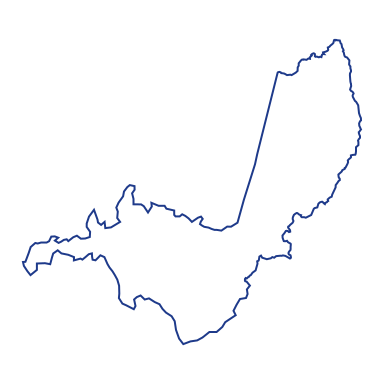 the district of Zacharia, Paphos, Cyprus
{"feature_id": "46923920B76553636129870", "entity_name": "Zacharia", "entity_type": "district", "adm_level": 2, "iso_a3": "CYP", "parent_name": "Cyprus", "parent_adm1": "Paphos", "projection": "natural_earth1", "projection_center": [32.548, 34.988], "detail": "fine", "context": "isolated", "style": "outline", "palette": "blue", "viewbox_px": 384, "rotation_deg": 0, "n_neighbors": 0, "source": "geoboundaries", "source_scale": "gbopen_adm2", "svg_char_len": 4793}
<svg xmlns="http://www.w3.org/2000/svg" viewBox="0 0 384 384"><path d="M277.6,72.8L257.2,154.2L255.0,164.3L243.9,199.7L237.5,222.7L231.0,226.7L227.2,226.6L221.4,230.6L216.9,229.9L214.6,229.9L211.8,229.0L208.6,227.6L204.2,226.8L201.8,225.4L200.0,224.1L200.8,221.6L202.7,218.9L201.0,216.6L198.0,217.7L191.9,221.9L188.6,218.4L185.3,215.9L182.2,214.3L179.7,216.4L175.5,216.4L174.2,214.9L174.2,210.5L166.4,208.7L164.6,205.8L158.6,205.8L151.4,202.8L151.8,206.5L148.0,212.5L143.8,206.2L141.1,204.4L133.5,204.3L133.5,198.9L132.1,193.3L134.6,189.7L134.5,186.1L129.8,185.1L127.3,187.1L124.0,191.5L123.1,196.3L118.6,202.6L116.3,207.6L117.8,211.6L117.2,218.0L120.1,221.9L111.0,227.4L105.3,228.1L104.6,221.9L101.1,224.9L98.0,222.5L97.5,219.6L94.0,209.8L89.0,216.6L86.7,223.5L86.7,226.9L90.1,231.8L89.8,237.0L85.2,238.5L80.9,238.7L76.9,235.7L73.3,237.2L68.3,241.1L66.7,239.3L63.8,239.9L61.3,241.6L58.6,242.9L54.9,240.6L58.2,237.7L54.8,236.4L51.3,236.6L49.1,241.2L46.7,242.5L41.2,242.5L37.7,243.5L35.3,243.0L30.7,247.0L28.7,253.0L25.4,261.8L23.0,262.0L23.9,265.9L27.4,271.2L30.5,275.1L36.9,269.9L36.9,263.5L45.0,263.2L50.2,264.2L52.0,257.4L53.2,253.5L57.7,250.3L61.4,253.4L68.3,254.8L74.0,257.1L73.9,260.4L80.5,258.6L82.4,259.6L85.7,256.9L88.8,254.2L91.9,253.4L92.1,256.8L92.6,259.7L95.5,260.3L98.0,257.8L100.4,255.3L104.4,257.1L107.5,264.1L109.5,267.5L112.5,271.3L114.9,275.2L117.3,279.6L119.1,285.7L119.3,293.7L118.9,298.1L122.4,303.6L126.2,305.3L133.8,309.2L135.5,306.0L134.1,299.5L136.8,297.1L140.6,295.5L144.7,299.5L149.0,298.4L154.8,302.1L159.5,304.2L162.5,308.9L166.0,312.6L171.6,316.2L174.7,321.2L176.0,329.9L179.1,338.6L183.3,344.1L190.5,341.4L197.2,340.4L202.5,337.5L209.4,332.0L216.6,332.0L222.3,327.0L225.2,322.2L230.1,318.9L235.7,315.2L233.5,310.8L236.6,304.7L240.0,299.0L246.0,298.0L247.6,294.0L246.9,289.4L249.9,285.6L246.6,281.6L245.2,281.2L244.9,280.3L245.0,278.9L245.7,278.0L246.7,278.5L248.4,276.9L248.8,276.9L249.9,275.5L250.8,275.1L252.5,272.7L255.6,270.4L257.5,263.7L257.2,261.3L258.5,260.7L258.9,259.8L259.4,256.6L261.0,255.6L262.2,257.7L264.4,258.4L266.8,259.2L270.8,258.3L272.3,257.1L274.2,257.7L276.2,256.1L276.5,256.1L280.5,255.7L281.8,255.8L282.9,255.4L285.4,255.9L289.1,258.0L289.9,258.5L290.5,258.3L290.9,257.7L290.9,257.0L290.7,255.9L290.5,255.3L288.9,254.4L288.5,253.6L288.6,252.4L289.3,251.3L290.4,250.1L290.6,249.1L290.6,246.8L290.8,244.7L290.7,243.8L290.4,243.5L289.5,243.1L288.4,242.4L288.0,242.2L287.0,240.8L285.7,241.2L284.4,241.2L283.8,241.1L282.6,237.8L282.5,235.5L284.6,232.9L285.8,231.0L286.4,230.8L287.8,231.0L289.0,232.1L290.2,231.7L290.2,231.1L289.9,229.9L288.1,227.6L288.2,226.6L289.2,226.0L290.1,224.9L292.5,222.9L293.3,221.5L293.4,220.8L292.8,219.5L292.7,218.4L292.9,217.2L293.9,214.9L295.4,213.7L296.7,213.0L297.4,213.1L299.4,214.7L301.1,215.2L300.8,216.0L301.3,216.8L301.8,217.2L304.2,217.2L305.8,217.7L311.2,215.0L313.8,208.8L314.6,208.1L317.3,207.4L318.4,203.7L319.8,202.4L321.2,201.9L322.2,201.7L322.9,202.2L323.7,203.2L324.9,204.1L325.1,203.6L325.2,202.9L326.9,202.2L327.2,201.6L328.2,201.0L327.7,199.4L329.7,197.6L331.7,196.7L332.2,194.6L335.6,187.4L335.7,185.1L337.5,182.7L338.5,181.1L339.8,180.1L339.7,178.7L338.8,177.5L338.5,176.0L338.4,174.5L339.4,173.6L341.1,172.1L341.8,171.4L342.2,170.3L342.8,169.9L344.7,168.9L344.9,168.5L344.8,167.9L345.6,167.5L347.6,163.6L348.1,162.1L347.8,160.4L349.0,159.1L350.6,157.8L351.0,157.2L350.9,155.4L352.8,154.9L355.3,154.7L355.7,153.7L356.0,151.3L356.0,147.2L358.4,145.1L358.4,141.9L358.0,140.7L358.7,139.3L360.0,137.8L360.0,136.1L359.3,134.5L358.8,132.9L358.8,132.2L359.0,132.1L361.0,129.4L360.4,128.4L360.2,127.6L359.3,125.8L359.1,123.4L360.0,121.3L361.0,120.4L360.9,118.1L359.9,115.8L359.0,113.1L358.2,105.3L357.1,103.4L356.1,101.8L354.9,100.8L352.9,97.0L352.6,95.8L352.9,94.7L353.6,93.6L353.2,92.6L352.3,91.6L351.0,90.9L350.1,89.6L350.5,88.1L351.2,86.0L351.0,84.7L351.0,83.8L350.7,83.1L350.4,81.6L350.2,79.3L349.9,75.1L350.0,73.4L351.0,71.5L351.0,70.3L350.4,68.3L350.4,66.4L349.6,65.4L349.1,64.3L349.4,60.4L347.1,57.5L345.2,56.8L344.5,55.8L344.1,54.3L343.8,52.6L342.9,51.2L343.6,50.3L343.2,49.2L342.1,47.4L341.5,44.1L340.6,43.2L339.8,40.5L337.5,40.3L336.0,39.9L335.6,40.4L334.7,39.9L334.0,40.2L333.4,42.9L332.4,44.0L330.4,45.6L329.4,46.8L327.8,47.5L327.9,48.0L328.2,49.8L327.9,50.4L327.3,50.9L325.6,51.7L323.0,52.4L323.1,52.9L324.1,54.1L322.9,54.0L322.0,54.8L321.4,57.1L320.2,56.7L318.9,57.3L316.8,56.6L315.5,56.8L314.9,56.3L314.9,54.1L313.8,53.3L312.8,53.6L311.8,54.2L311.1,55.0L311.7,55.6L309.9,57.3L310.0,58.8L308.4,58.5L306.6,59.8L303.6,59.4L303.3,59.7L302.2,59.5L301.1,60.3L298.7,63.3L298.7,65.7L297.7,67.4L297.6,70.9L295.8,72.6L291.6,75.1L290.3,74.7L287.0,75.1L284.4,73.6L282.9,73.3L281.2,73.1L280.8,72.4L279.5,71.9L278.5,72.1L277.8,72.4L277.6,72.8Z" fill="none" stroke="#1e3a8a" stroke-width="2"/></svg>